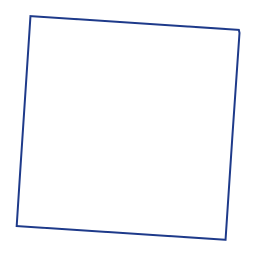 Madison, Nebraska, United States of America (orthographic projection), rotated 184°
{"feature_id": "52423323B9058174169797", "entity_name": "Madison", "entity_type": "district", "adm_level": 2, "iso_a3": "USA", "parent_name": "United States of America", "parent_adm1": "Nebraska", "projection": "orthographic", "projection_center": [-97.658, 41.917], "detail": "fine", "context": "isolated", "style": "outline", "palette": "blue", "viewbox_px": 256, "rotation_deg": 184, "n_neighbors": 0, "source": "geoboundaries", "source_scale": "gbopen_adm2", "svg_char_len": 254}
<svg xmlns="http://www.w3.org/2000/svg" viewBox="0 0 256 256"><g transform="rotate(184 128 128)"><path d="M24.3,233.6L233.1,232.8L232.5,75.1L232.2,22.4L22.9,23.3L23.3,128.2L23.4,230.6L24.3,233.6Z" fill="none" stroke="#1e3a8a" stroke-width="2"/></g></svg>